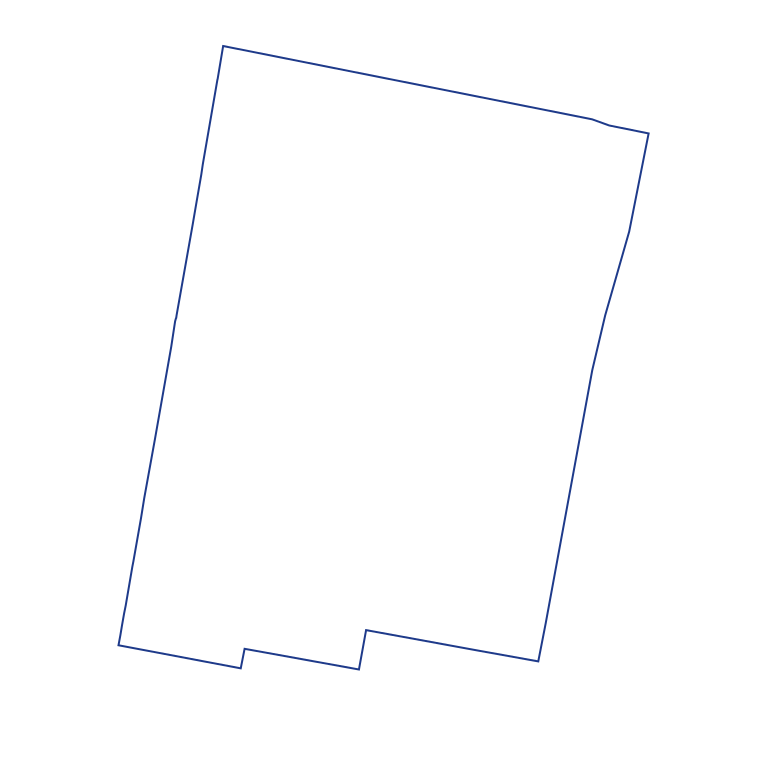 outline of Ripley, Missouri, United States of America, rotated 100°
{"feature_id": "52423323B14772926115181", "entity_name": "Ripley", "entity_type": "district", "adm_level": 2, "iso_a3": "USA", "parent_name": "United States of America", "parent_adm1": "Missouri", "projection": "robinson", "projection_center": [-90.827, 36.661], "detail": "fine", "context": "isolated", "style": "outline", "palette": "blue", "viewbox_px": 768, "rotation_deg": 100, "n_neighbors": 0, "source": "geoboundaries", "source_scale": "gbopen_adm2", "svg_char_len": 629}
<svg xmlns="http://www.w3.org/2000/svg" viewBox="0 0 768 768"><g transform="rotate(100 384 384)"><path d="M91.3,166.9L90.3,207.1L87.2,225.0L79.1,601.1L112.6,600.8L113.0,600.9L199.1,600.6L209.5,600.3L239.7,600.2L259.8,600.1L262.5,600.1L352.5,600.2L355.1,600.1L355.4,600.3L358.5,600.6L384.3,600.0L457.3,600.0L459.4,600.0L478.0,600.0L538.1,600.3L558.3,600.0L602.2,600.0L607.5,600.1L647.2,599.9L655.1,600.1L667.4,600.1L677.3,600.0L687.4,600.1L688.9,475.7L669.0,475.3L669.5,359.1L629.5,358.9L630.2,243.2L630.4,183.9L591.6,183.2L334.3,181.3L278.1,178.1L191.3,169.0L91.3,166.9Z" fill="none" stroke="#1e3a8a" stroke-width="2"/></g></svg>